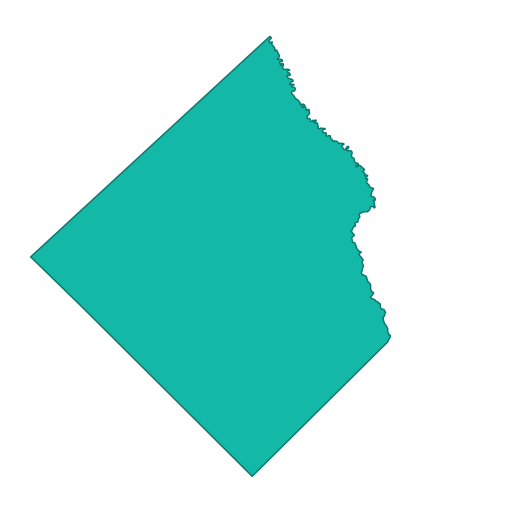 Curacó, La Pampa, Argentina (Equal Earth projection), rotated 226°
{"feature_id": "61730980B59721877076450", "entity_name": "Curacó", "entity_type": "district", "adm_level": 2, "iso_a3": "ARG", "parent_name": "Argentina", "parent_adm1": "La Pampa", "projection": "equal_earth", "projection_center": [-66.382, -38.255], "detail": "fine", "context": "isolated", "style": "filled", "palette": "teal", "viewbox_px": 512, "rotation_deg": 226, "n_neighbors": 0, "source": "geoboundaries", "source_scale": "gbopen_adm2", "svg_char_len": 6156}
<svg xmlns="http://www.w3.org/2000/svg" viewBox="0 0 512 512"><g transform="rotate(226 256 256)"><path d="M199.3,335.3L202.1,337.2L202.7,337.8L202.8,338.6L202.5,340.6L202.5,340.9L202.7,341.2L204.8,341.4L205.3,341.2L206.5,341.7L207.2,341.5L207.7,341.5L208.0,342.0L207.9,343.2L208.7,344.6L209.1,346.0L209.0,346.9L208.6,347.9L208.8,348.7L209.3,349.1L210.5,349.3L210.9,350.1L210.6,351.2L210.0,352.5L209.9,353.2L211.0,354.5L211.3,355.0L211.8,356.7L212.0,357.7L212.2,358.0L214.3,359.1L214.5,359.3L214.4,360.4L214.0,361.2L213.5,363.0L213.1,363.7L212.1,365.4L210.6,366.7L210.4,367.1L210.3,368.0L210.3,370.0L211.0,371.1L211.5,372.5L211.6,372.9L211.5,373.2L210.9,374.2L210.6,374.4L210.3,374.5L209.2,374.3L208.5,374.5L208.3,374.7L208.3,375.2L208.4,375.5L209.8,376.4L211.0,376.9L211.5,377.7L212.0,378.0L212.2,378.4L212.7,378.7L214.2,378.8L214.5,379.0L214.4,379.8L213.4,380.5L213.4,380.8L215.0,381.8L215.7,381.9L216.7,381.6L217.5,381.3L218.8,380.4L219.8,380.9L221.9,384.2L222.3,386.2L222.9,387.2L223.5,387.2L224.7,386.6L225.1,386.2L226.2,385.8L226.8,385.9L227.9,386.4L229.2,386.6L231.4,386.4L232.5,387.0L232.8,387.4L233.4,389.2L233.7,389.6L234.1,389.8L234.6,389.8L235.5,389.0L236.0,389.0L236.6,389.5L236.6,390.0L236.1,391.4L236.5,392.2L237.1,392.0L237.6,391.5L238.2,390.5L238.5,390.4L239.0,390.7L239.2,390.9L239.3,391.3L239.6,391.5L240.6,391.6L241.6,391.4L242.5,391.4L242.7,391.9L242.6,393.0L242.7,393.8L243.0,394.1L243.5,394.1L248.7,393.7L249.4,393.1L249.8,392.3L250.0,391.6L250.0,390.6L250.5,390.0L251.1,390.2L251.4,390.7L251.3,391.4L251.0,392.0L250.9,392.7L250.9,393.4L251.5,393.7L252.3,393.4L253.0,392.8L254.5,392.3L254.9,392.2L257.8,394.2L258.5,394.2L259.2,393.9L260.8,393.8L261.4,394.0L262.1,394.3L262.3,394.6L262.7,395.7L263.6,397.0L264.2,397.3L264.8,397.5L265.3,397.5L265.8,397.2L266.8,396.5L267.8,395.2L268.3,394.8L269.0,394.9L269.5,395.3L269.7,395.7L269.5,397.6L269.9,398.4L270.5,398.6L271.0,398.3L271.3,397.8L271.2,396.2L270.6,395.0L270.6,394.3L271.0,393.8L271.7,393.4L273.3,393.5L275.4,394.0L275.9,394.4L275.9,395.0L275.4,395.7L275.2,396.5L275.4,397.0L276.1,397.0L278.0,395.5L279.1,394.1L279.6,393.7L280.4,393.9L282.1,393.9L283.1,393.3L283.5,392.8L284.1,392.5L284.4,392.2L284.5,391.6L285.0,391.3L287.4,391.6L288.0,391.4L289.1,391.7L290.6,392.8L291.6,392.6L292.6,390.7L293.1,390.3L294.1,390.2L294.6,390.7L294.8,391.3L295.3,391.7L295.7,391.8L296.6,391.4L298.0,390.2L298.5,390.0L299.1,390.1L300.2,391.6L300.2,392.4L299.3,393.7L299.4,394.0L299.8,394.1L301.3,392.7L302.8,391.7L303.6,389.9L303.9,389.6L304.5,389.5L305.2,389.8L305.9,390.7L306.6,391.1L308.0,391.7L308.5,392.3L309.1,392.4L309.5,392.1L310.6,390.8L311.2,390.7L311.7,390.8L311.9,391.2L311.4,392.5L311.6,393.3L311.9,393.5L312.4,393.4L312.6,393.0L312.7,391.9L312.9,391.6L313.2,391.4L313.9,391.4L314.1,391.1L313.8,390.4L313.9,389.8L314.5,389.2L315.2,389.1L316.0,389.6L316.8,389.9L318.1,389.9L318.4,389.1L319.0,388.6L319.4,388.5L320.6,389.5L321.1,390.5L321.2,392.6L321.3,393.2L321.5,393.7L324.4,395.8L325.2,395.4L325.4,395.0L325.3,394.1L325.5,393.6L325.7,393.4L327.3,394.1L327.7,394.7L328.6,395.0L329.4,394.7L329.8,394.2L330.6,392.5L330.8,392.4L331.0,393.1L330.6,394.8L330.3,395.6L331.5,395.7L332.5,395.4L333.3,394.4L333.3,392.9L335.5,394.0L338.1,394.5L340.3,394.3L341.6,393.7L344.3,394.4L346.9,394.4L347.9,394.6L348.7,394.9L349.4,395.6L349.3,396.5L348.2,397.9L348.0,398.4L348.3,399.4L348.9,400.2L349.4,400.6L350.4,400.7L351.4,400.4L352.6,399.2L353.3,399.3L353.9,399.9L354.0,400.3L353.9,400.7L353.5,401.1L352.7,401.8L352.7,402.1L353.1,402.3L353.5,402.2L354.3,401.3L355.3,400.4L355.6,400.0L356.4,399.7L356.7,402.0L356.6,402.8L356.1,403.6L356.0,404.1L356.7,404.5L357.5,404.7L358.3,404.5L359.0,403.9L360.4,403.1L361.3,402.8L362.4,402.8L364.0,403.1L364.2,403.8L363.9,404.4L362.8,405.0L362.4,405.8L362.5,406.3L362.9,406.8L363.4,407.0L364.3,407.1L364.9,406.9L365.2,406.4L365.5,406.3L366.0,406.3L366.3,406.5L366.9,407.0L367.2,407.7L366.8,408.4L366.5,408.6L366.4,409.2L366.8,409.3L367.6,409.0L368.8,408.1L369.4,407.4L369.5,406.8L370.5,406.0L371.0,405.8L371.2,405.6L372.6,405.8L373.3,406.2L373.8,406.8L373.9,407.7L374.2,408.5L375.5,409.0L376.0,408.8L376.3,408.3L376.5,407.8L376.2,407.1L375.8,406.8L375.8,406.3L376.3,406.2L377.8,407.1L378.7,407.3L379.0,407.5L379.1,408.2L379.0,408.6L377.8,409.9L378.0,410.6L378.7,411.0L379.5,411.0L379.9,410.7L380.9,409.8L382.0,408.3L382.6,408.1L383.1,408.3L382.7,409.6L383.0,410.6L383.5,411.6L384.3,412.2L388.1,413.2L389.2,413.8L389.7,413.8L390.1,413.5L390.2,412.7L390.4,412.3L390.9,412.2L392.5,413.9L393.2,414.1L393.8,413.9L395.6,414.4L396.7,414.3L397.7,414.6L398.0,415.0L398.2,416.0L398.5,416.3L398.8,416.2L399.3,415.7L399.7,414.2L400.2,413.9L400.8,414.0L401.6,414.8L401.9,415.7L402.1,418.1L402.4,418.6L403.4,418.7L404.4,418.1L411.8,97.3L411.8,93.3L342.7,95.4L100.2,100.2L102.7,291.2L103.4,292.5L103.5,293.2L103.9,293.8L104.2,295.8L105.0,297.1L105.5,297.2L105.7,297.4L106.4,297.4L106.6,297.1L107.2,296.9L108.7,297.6L109.7,297.8L110.5,298.7L111.7,299.6L112.5,300.5L114.0,300.8L114.8,301.2L116.5,301.3L118.1,301.6L120.1,302.4L122.5,303.9L123.1,304.0L123.4,305.1L123.7,306.0L123.7,306.9L124.0,307.3L124.8,308.1L125.1,308.6L125.2,309.7L125.8,310.2L126.7,310.3L128.3,310.8L128.8,310.8L129.8,310.1L130.4,309.3L130.9,309.3L133.0,310.1L134.6,311.6L135.1,312.0L135.5,312.0L136.5,311.9L136.9,311.5L138.6,311.7L139.1,311.6L140.0,310.9L140.5,310.8L141.8,311.1L142.4,310.9L143.9,310.3L144.2,310.0L145.3,309.8L145.8,309.5L146.6,309.5L146.9,310.0L147.0,310.9L147.0,311.7L147.4,314.1L147.6,314.6L148.1,315.1L148.9,315.0L149.3,314.6L149.8,314.4L150.6,314.5L152.5,315.5L154.5,317.2L155.1,318.0L155.7,318.4L157.4,318.9L159.9,318.7L160.6,318.9L161.4,319.6L162.0,319.6L164.1,320.9L164.7,321.0L165.2,321.0L168.9,319.6L169.5,319.6L170.2,319.8L171.4,321.0L171.6,321.8L171.9,322.4L173.5,324.7L173.9,325.9L174.4,326.5L176.0,327.2L177.2,327.3L177.7,327.6L178.2,328.6L178.6,330.2L181.3,330.8L184.9,330.9L185.4,331.2L185.9,331.6L185.9,332.4L185.7,334.0L186.1,334.4L187.3,333.6L188.2,333.5L189.2,333.7L189.8,333.5L190.6,333.5L191.3,333.8L191.8,333.9L192.8,334.3L193.6,334.9L196.4,336.0L196.9,336.1L197.5,336.0L198.2,335.1L198.7,335.0L199.3,335.3Z" fill="#14b8a6" stroke="#0f766e" stroke-width="1.5"/></g></svg>